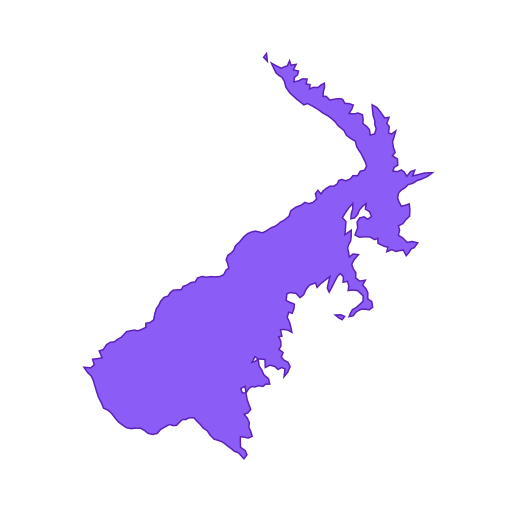 the district of Praia Grande, Santa Catarina, Brazil, rotated 171°
{"feature_id": "56859067B99383778089329", "entity_name": "Praia Grande", "entity_type": "district", "adm_level": 2, "iso_a3": "BRA", "parent_name": "Brazil", "parent_adm1": "Santa Catarina", "projection": "equal_earth", "projection_center": [-50.033, -29.21], "detail": "fine", "context": "isolated", "style": "filled", "palette": "violet", "viewbox_px": 512, "rotation_deg": 171, "n_neighbors": 0, "source": "geoboundaries", "source_scale": "gbopen_adm2", "svg_char_len": 5595}
<svg xmlns="http://www.w3.org/2000/svg" viewBox="0 0 512 512"><g transform="rotate(171 256 256)"><path d="M299.7,57.6L296.0,61.1L297.1,65.5L301.2,69.5L300.4,75.7L299.7,80.0L295.9,78.9L292.2,77.4L288.0,78.5L288.7,84.0L289.9,87.7L288.7,92.3L289.9,97.2L292.4,101.5L288.8,102.2L285.2,105.3L286.5,111.5L287.2,115.4L287.4,122.3L283.6,126.4L280.6,127.7L277.6,126.8L273.6,127.5L269.6,126.1L266.6,127.9L262.5,127.3L262.8,132.7L266.9,137.6L268.1,142.4L270.1,146.8L270.0,153.9L266.2,153.2L263.3,152.3L264.3,144.4L259.4,146.0L254.6,143.9L252.1,140.5L248.1,141.8L245.0,140.0L247.2,132.4L243.0,136.1L239.6,141.4L241.1,146.2L244.5,148.6L246.8,152.1L244.4,156.5L248.0,160.2L245.5,163.1L244.9,168.2L246.2,172.7L243.0,172.8L243.4,179.4L239.6,179.0L236.1,177.8L232.5,175.0L232.7,180.1L233.2,185.0L234.8,190.6L232.4,195.4L229.2,193.7L226.7,198.2L225.6,202.4L230.2,205.3L233.2,207.3L231.4,213.9L227.9,214.5L222.3,212.8L219.0,208.0L215.0,210.3L211.8,215.2L207.6,218.9L201.4,220.2L200.6,215.4L196.5,218.5L191.3,221.4L186.2,224.2L188.3,219.1L190.6,213.2L189.4,208.8L185.4,214.1L181.6,219.4L178.6,223.3L175.5,225.5L172.9,221.8L174.1,216.5L169.6,216.6L169.0,211.9L170.4,207.5L166.3,207.3L161.0,205.9L156.4,199.8L157.3,194.7L161.1,191.9L165.5,189.2L169.1,188.0L171.7,184.7L173.6,181.5L169.4,181.8L166.1,184.9L163.2,186.2L160.0,187.0L155.9,186.2L152.6,185.1L148.8,187.1L148.8,192.8L152.3,196.3L151.3,202.2L152.5,206.5L155.3,210.6L151.8,215.0L157.5,215.0L161.0,218.7L160.0,223.8L162.0,228.2L162.7,233.0L159.4,237.2L154.6,241.3L159.8,242.8L164.0,240.4L164.0,245.1L164.3,249.7L162.5,253.2L160.2,256.0L158.9,260.5L157.9,266.6L164.8,263.1L163.6,268.1L161.8,275.9L164.7,280.4L160.2,285.5L156.5,289.3L152.2,292.8L153.0,287.5L155.1,283.3L156.5,277.9L152.6,278.2L149.2,281.1L146.8,285.1L143.0,288.4L139.0,290.5L140.7,285.2L136.9,282.0L135.7,276.9L140.0,274.8L143.1,277.8L147.7,277.4L150.9,273.7L151.1,268.1L154.9,261.3L151.1,258.4L145.7,258.0L140.5,257.0L136.2,253.6L132.9,254.3L133.5,249.4L127.8,245.5L124.3,244.0L126.1,239.8L120.7,241.0L117.1,238.5L113.6,238.9L109.5,238.7L107.6,232.8L104.1,235.8L101.6,238.7L98.3,239.6L94.2,243.7L99.5,245.9L104.5,245.8L108.5,251.2L112.1,254.1L110.1,259.2L110.6,263.5L105.9,265.0L102.1,268.6L98.1,271.2L96.8,277.6L96.5,283.5L100.8,282.7L104.7,282.5L106.2,286.8L107.1,291.2L105.1,296.3L102.1,298.4L98.0,300.2L94.6,302.7L89.7,303.3L85.1,305.3L81.2,305.9L74.3,307.7L68.7,310.7L76.7,311.6L83.2,311.0L88.8,310.6L85.8,315.9L90.1,315.2L94.6,311.2L96.5,315.8L99.0,318.3L103.1,317.2L107.6,318.4L105.6,322.0L101.8,323.5L101.1,329.8L105.6,333.7L102.3,336.5L103.3,341.7L103.3,347.3L100.7,352.7L98.4,357.7L102.9,355.3L105.9,356.9L104.1,362.8L106.1,366.5L102.9,372.1L107.4,372.3L111.0,379.7L113.5,383.9L117.7,387.2L118.1,381.9L118.3,376.0L117.5,371.2L118.1,367.2L117.4,362.9L119.8,358.0L124.3,357.6L124.2,363.0L126.3,366.5L129.7,370.1L128.8,374.7L128.8,378.9L132.9,381.3L136.7,381.0L141.8,382.2L138.4,386.1L136.3,389.9L140.1,391.9L144.4,392.9L146.0,397.3L149.0,398.4L152.2,398.6L155.3,398.6L158.7,398.4L161.6,402.6L164.8,403.3L163.7,407.9L161.9,412.0L161.5,416.0L165.2,414.7L168.3,412.7L172.8,413.6L177.0,412.7L175.8,416.9L179.6,418.0L177.9,422.8L182.5,423.7L186.6,422.3L191.4,422.1L190.0,426.4L186.6,428.5L185.1,432.0L189.9,434.0L186.4,439.0L191.6,439.0L192.3,443.6L195.2,439.0L198.4,438.4L201.6,437.5L206.2,440.6L210.6,444.1L209.1,438.6L207.5,433.7L205.0,430.6L202.4,428.5L200.6,424.1L200.1,418.1L197.1,411.8L194.0,408.0L191.2,404.5L188.4,401.5L185.1,397.8L181.2,398.5L177.0,395.4L172.1,391.4L167.5,386.7L163.1,383.3L159.7,379.7L156.8,376.2L154.6,372.0L152.3,369.4L149.4,366.1L147.9,361.3L144.3,357.4L139.9,353.8L139.5,348.6L138.0,344.6L136.3,341.1L134.9,336.7L133.4,331.9L132.7,327.5L135.4,323.7L139.7,323.5L143.1,319.4L147.7,320.2L150.7,317.4L155.5,316.2L159.3,318.2L162.5,317.6L164.5,314.5L168.0,312.8L172.1,313.4L176.3,311.7L179.7,309.6L182.1,307.1L184.6,311.2L187.6,308.2L187.1,302.9L191.2,300.0L195.9,299.5L199.4,301.3L203.2,299.2L209.0,298.0L214.5,295.2L217.2,290.1L222.5,287.0L226.8,285.5L229.5,283.8L232.3,282.4L236.1,281.7L239.1,280.4L242.5,278.9L246.0,277.9L249.3,279.3L252.9,280.7L256.7,280.4L260.8,279.4L265.1,276.8L269.7,272.7L274.7,269.3L277.0,265.3L279.6,263.1L283.7,261.1L286.0,257.0L285.1,252.6L284.8,248.2L287.7,246.8L290.8,242.7L294.6,241.4L299.3,241.7L304.0,242.7L308.9,242.9L312.2,244.2L317.1,243.5L320.2,239.8L324.4,240.0L328.7,238.1L332.8,237.4L334.9,234.5L338.7,234.8L343.0,235.2L346.3,233.4L349.1,230.2L353.4,229.5L357.3,226.2L359.6,222.6L362.6,219.6L365.1,214.5L367.0,209.0L371.0,206.9L375.3,206.8L376.0,202.7L380.9,201.3L384.5,200.6L387.6,201.8L391.3,201.8L395.7,201.6L398.5,199.3L401.8,196.8L405.6,195.4L409.5,193.3L413.2,193.6L417.4,191.9L421.4,187.5L425.7,186.8L424.0,179.6L428.5,179.4L433.6,179.6L432.8,173.9L436.6,171.4L443.3,173.0L440.5,167.2L437.5,163.3L436.2,158.7L435.3,152.1L434.6,146.7L433.6,140.9L431.6,134.9L430.4,129.6L426.9,127.3L424.3,124.8L421.8,120.5L419.8,116.7L417.5,113.2L413.7,109.4L410.7,106.6L406.2,105.0L401.7,104.8L396.9,104.0L393.1,100.8L390.5,97.8L386.0,95.9L381.3,96.2L377.3,99.7L374.3,100.8L367.9,103.1L364.0,101.3L360.8,101.3L357.0,104.2L354.2,106.0L350.9,105.5L347.7,106.6L342.7,106.0L340.1,102.0L337.4,98.4L335.2,94.5L331.5,91.0L329.3,86.2L326.1,81.7L323.0,80.2L319.0,78.1L316.1,75.4L313.1,72.1L310.4,69.4L308.0,66.6L304.0,64.3L299.7,57.6ZM287.4,122.3L291.0,123.0L291.7,127.5L287.2,129.0L287.4,122.3ZM270.0,153.9L273.4,152.1L276.6,151.6L272.7,156.8L270.0,153.9ZM183.8,181.8L180.8,179.6L177.9,182.5L181.5,184.7L186.9,185.3L183.8,181.8ZM217.4,451.1L214.3,446.6L213.9,454.4L217.4,451.1Z" fill="#8b5cf6" stroke="#5b21b6" stroke-width="1.5"/></g></svg>